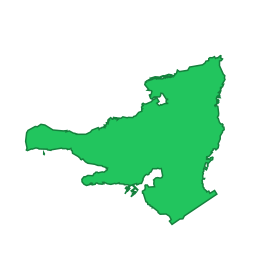 Weno, Chuuk, Federated States of Micronesia, rotated 190°
{"feature_id": "79324940B39467357025683", "entity_name": "Weno", "entity_type": "district", "adm_level": 2, "iso_a3": "FSM", "parent_name": "Federated States of Micronesia", "parent_adm1": "Chuuk", "projection": "mercator", "projection_center": [151.86, 7.44], "detail": "fine", "context": "isolated", "style": "filled", "palette": "green", "viewbox_px": 256, "rotation_deg": 190, "n_neighbors": 0, "source": "geoboundaries", "source_scale": "gbopen_adm2", "svg_char_len": 5765}
<svg xmlns="http://www.w3.org/2000/svg" viewBox="0 0 256 256"><g transform="rotate(190 128 128)"><path d="M43.9,91.0L43.8,91.6L45.5,91.3L46.2,94.2L45.9,96.2L46.6,97.2L45.8,98.9L46.5,100.5L46.3,101.4L43.5,100.4L43.0,102.5L45.9,103.1L45.7,106.2L45.2,107.5L43.3,107.3L43.6,106.1L42.6,103.6L43.0,106.7L40.8,110.4L39.2,111.5L39.2,113.7L39.6,114.0L41.7,113.0L42.0,111.4L45.2,110.7L45.3,111.4L44.2,112.1L45.5,112.6L45.5,113.4L43.3,114.3L40.8,118.5L41.9,118.8L40.2,121.3L40.5,122.0L38.8,122.8L37.6,121.7L35.8,124.1L35.7,127.1L36.5,127.9L35.3,133.2L35.8,136.2L34.2,140.3L34.4,141.4L33.0,143.0L33.7,145.5L35.0,145.7L35.4,146.3L34.9,147.5L35.8,148.4L37.1,148.0L38.9,149.4L40.8,153.1L41.7,153.7L41.7,155.1L41.0,155.7L41.2,157.9L43.3,164.9L45.7,165.5L46.0,164.7L46.5,165.3L46.0,166.1L45.1,166.2L45.0,167.3L44.0,168.2L45.0,168.7L45.1,169.4L43.5,171.0L44.3,171.6L45.5,171.0L46.2,172.4L45.8,174.4L45.4,175.1L44.4,175.1L44.6,173.6L42.6,173.9L43.8,175.2L43.2,175.6L44.0,176.2L43.3,179.5L44.4,178.4L45.1,178.5L43.8,180.4L43.0,183.6L43.8,183.2L43.9,184.0L42.1,184.9L41.5,187.5L42.4,187.1L42.8,187.4L40.9,192.6L41.7,193.9L41.8,196.4L43.4,197.4L48.7,205.2L49.5,209.9L47.8,210.6L46.9,212.4L49.0,213.1L49.0,215.2L49.6,215.3L51.8,212.6L52.4,212.7L53.9,211.7L55.2,213.3L57.2,211.8L59.5,211.5L60.5,210.4L60.3,208.4L62.9,207.3L63.4,205.5L65.5,203.2L77.9,198.7L79.2,195.2L87.0,192.5L89.4,193.6L89.7,190.6L90.9,188.8L91.8,189.9L91.2,188.8L91.6,187.4L92.9,187.5L92.8,186.3L93.8,186.8L94.2,185.6L95.1,185.1L96.4,185.1L96.8,185.6L95.9,185.6L94.7,187.9L97.2,187.9L99.7,186.5L97.9,186.2L97.8,184.5L99.3,184.5L99.9,183.6L101.0,184.4L101.5,183.1L102.8,182.3L107.5,181.8L106.3,182.2L106.1,183.4L107.4,183.5L107.4,182.6L108.4,183.0L108.5,182.1L107.8,181.8L108.3,181.2L109.3,181.5L109.4,182.4L111.1,181.9L109.8,181.3L111.7,181.4L112.0,180.3L114.7,178.9L114.0,180.1L114.7,180.7L114.7,180.0L117.9,177.5L117.8,176.4L118.8,176.4L119.0,173.6L114.5,169.7L115.5,168.6L111.4,168.8L110.8,168.2L111.1,164.9L112.2,164.5L111.7,163.7L112.4,163.7L110.9,161.1L110.0,160.7L108.7,161.6L107.6,163.2L102.3,164.1L101.6,165.3L101.6,168.0L99.9,168.0L95.3,163.0L94.1,163.3L94.0,162.8L95.2,162.6L95.0,160.3L94.5,159.3L92.6,159.2L96.1,158.4L99.1,156.4L99.8,156.7L100.9,155.5L101.7,155.6L104.0,157.4L102.0,159.4L104.8,162.6L106.5,162.2L106.7,161.0L108.4,160.0L109.5,158.0L114.5,154.7L116.6,154.5L117.4,155.0L118.1,154.4L118.2,153.2L117.0,152.7L118.3,151.0L117.7,149.3L117.1,149.3L117.7,148.5L117.3,146.9L120.2,145.2L122.5,141.2L124.3,140.4L125.1,139.1L129.3,138.6L130.6,137.9L135.0,138.1L136.5,136.4L139.8,136.0L139.8,135.5L138.7,135.5L140.0,134.0L140.2,135.8L140.8,136.1L141.9,136.0L141.5,135.1L142.0,134.8L142.8,135.1L142.7,135.9L144.1,135.9L144.4,134.0L145.0,133.9L146.8,135.2L147.8,134.1L147.7,133.0L148.5,133.3L149.1,132.4L148.9,130.2L148.3,130.8L148.4,129.1L149.2,129.9L150.2,129.4L149.6,128.1L150.4,127.0L151.5,126.8L151.0,126.4L151.6,125.8L150.7,125.7L151.3,125.2L150.8,124.4L153.7,124.1L154.2,123.3L155.5,123.0L156.2,121.5L157.4,123.2L163.1,119.7L164.3,117.5L168.4,114.5L177.3,112.9L177.5,113.3L178.0,112.9L179.3,113.6L180.7,113.4L185.3,114.9L188.2,113.6L187.9,114.8L191.0,113.9L201.5,113.0L210.3,116.5L214.4,116.5L217.4,113.5L219.6,113.4L226.0,108.3L227.0,105.7L226.5,97.1L223.9,90.6L224.3,88.7L223.1,88.3L219.4,90.7L218.8,90.5L215.2,92.4L212.4,92.3L212.1,91.9L203.8,93.1L203.5,92.5L200.0,92.6L199.8,93.2L189.8,96.7L188.9,96.3L185.2,97.0L183.9,96.4L183.8,96.8L182.3,96.7L180.7,98.0L179.8,96.1L179.0,95.9L178.2,93.5L172.1,91.3L169.5,89.6L169.3,88.9L168.4,88.6L167.1,89.7L164.1,87.3L161.4,86.3L154.6,86.5L151.1,85.9L147.0,86.4L146.5,85.8L142.5,85.3L142.4,84.3L141.2,84.9L141.2,83.2L143.9,80.3L145.7,80.3L149.6,78.7L150.8,79.2L152.1,78.8L152.4,78.0L153.5,77.2L154.4,74.9L159.3,74.3L161.4,72.6L162.9,72.3L164.5,69.5L163.9,67.0L161.6,65.0L158.9,64.2L155.1,66.0L154.9,66.6L155.6,66.5L154.9,67.4L153.6,67.3L154.2,66.0L153.3,65.8L150.5,66.9L150.3,67.8L149.1,68.5L147.3,67.9L143.6,68.2L143.1,68.8L142.0,68.8L141.9,69.5L142.9,69.5L143.4,70.1L142.0,70.4L138.7,69.5L135.1,69.5L131.3,71.2L130.4,70.9L128.9,71.5L127.3,72.5L126.9,71.6L122.2,72.1L121.8,71.5L118.8,72.1L116.2,71.7L117.7,68.0L117.1,70.5L118.4,69.6L120.0,69.7L118.2,68.9L117.9,67.5L120.7,68.5L118.0,67.1L119.6,62.6L118.2,65.8L117.5,65.6L117.0,66.7L117.7,67.0L117.5,67.6L116.5,67.2L115.7,68.8L116.8,69.2L115.6,72.0L113.5,72.3L110.6,70.1L114.0,66.7L113.1,66.0L112.4,66.5L109.8,64.6L108.7,66.5L110.9,66.5L112.4,67.8L110.6,69.5L109.7,69.5L107.9,68.3L107.6,68.9L113.4,73.1L109.9,74.8L109.6,73.6L108.7,73.9L107.1,75.2L105.1,75.8L104.1,79.7L104.5,80.4L103.4,83.7L101.9,85.5L100.6,85.3L99.5,85.9L99.0,87.8L97.7,88.8L96.6,92.2L92.6,92.9L91.7,93.6L89.8,93.3L88.2,93.9L85.6,87.1L86.0,85.1L87.6,84.2L90.2,84.3L92.0,83.6L93.8,81.2L93.2,80.6L92.9,77.4L91.6,74.8L97.3,73.4L99.1,75.2L101.0,74.9L101.3,74.2L100.6,72.1L100.7,70.1L102.8,68.3L102.4,66.4L101.5,66.2L97.5,58.5L96.0,58.1L95.2,56.2L93.1,56.1L92.7,55.1L90.7,54.8L90.3,53.7L89.9,54.3L84.0,51.1L83.7,50.0L81.4,48.7L75.5,49.9L71.8,48.3L69.5,45.3L71.0,43.5L67.9,40.7L61.2,47.3L58.2,48.1L57.2,51.2L29.0,78.3L31.9,81.5L36.0,77.9L37.5,79.9L39.4,78.8L39.8,79.6L42.7,81.4L42.9,82.4L43.9,83.0L44.4,85.9L45.4,86.3L45.3,87.7L46.0,89.1L45.3,90.8L43.9,91.0ZM110.8,63.5L111.3,64.3L112.2,64.4L112.1,63.1L113.2,60.8L110.8,63.5ZM103.8,184.8L101.6,184.6L100.1,185.8L102.5,185.6L103.8,184.8ZM111.8,182.3L113.6,181.4L113.3,180.3L112.7,180.5L111.8,182.3ZM104.9,184.1L105.3,183.7L105.7,182.5L104.1,183.7L104.9,184.1ZM206.0,87.3L205.8,87.9L206.7,89.1L206.5,87.6L206.0,87.3ZM44.3,169.4L44.1,169.0L43.1,169.3L43.5,170.2L44.3,169.4ZM110.4,183.0L110.4,182.4L109.1,183.1L109.2,183.3L110.4,183.0ZM98.9,185.7L99.9,185.2L99.8,184.7L99.0,185.3L98.9,185.7ZM43.5,168.2L43.7,168.7L43.6,168.1L43.5,168.2Z" fill="#22c55e" stroke="#15803d" stroke-width="1.5"/></g></svg>